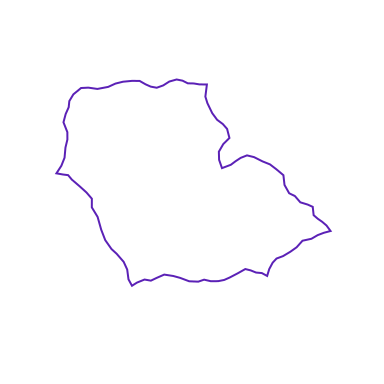 outline of Bady Bassitt, São Paulo, Brazil, rotated 17°
{"feature_id": "56859067B36887115252517", "entity_name": "Bady Bassitt", "entity_type": "district", "adm_level": 2, "iso_a3": "BRA", "parent_name": "Brazil", "parent_adm1": "São Paulo", "projection": "robinson", "projection_center": [-49.43, -20.932], "detail": "fine", "context": "isolated", "style": "outline", "palette": "violet", "viewbox_px": 384, "rotation_deg": 17, "n_neighbors": 0, "source": "geoboundaries", "source_scale": "gbopen_adm2", "svg_char_len": 1429}
<svg xmlns="http://www.w3.org/2000/svg" viewBox="0 0 384 384"><g transform="rotate(17 192 192)"><path d="M335.9,188.8L330.4,184.7L325.1,182.4L320.1,180.8L315.1,178.6L311.8,170.9L306.3,170.2L298.6,170.2L291.6,165.8L285.3,164.8L278.4,158.2L274.5,149.2L266.0,145.6L258.5,142.8L250.5,142.1L241.1,140.5L233.9,140.9L228.6,145.1L224.7,149.8L221.2,154.6L213.7,160.4L208.5,153.3L205.9,145.6L207.9,137.0L212.0,129.4L207.1,121.4L201.6,118.0L194.9,115.6L188.3,110.7L180.8,102.6L176.9,96.9L174.8,84.8L167.8,86.9L161.9,87.7L156.2,89.3L150.4,88.3L144.4,88.9L138.0,93.0L133.3,98.5L127.8,102.6L121.7,103.3L116.1,102.6L109.5,101.1L102.3,103.2L93.8,106.7L87.1,110.7L81.1,116.0L71.4,121.1L62.4,122.5L55.5,125.0L50.0,133.3L48.1,140.9L49.3,147.0L48.4,154.3L48.7,162.9L55.3,171.2L57.5,178.3L58.0,186.5L60.1,196.5L59.4,205.1L56.9,213.8L63.4,213.0L68.6,212.1L73.5,215.3L82.9,219.4L91.2,223.3L98.2,227.7L100.7,236.0L109.0,243.4L116.2,254.6L123.1,263.4L131.7,270.1L138.0,273.1L147.1,278.8L152.7,285.1L156.8,294.1L162.0,299.2L165.9,294.7L172.2,289.6L178.6,288.8L183.3,284.5L189.6,279.1L198.6,277.8L205.7,277.6L215.4,278.2L224.2,275.9L229.2,272.3L236.2,271.8L243.1,269.6L248.5,266.7L253.0,262.8L259.5,256.4L265.5,250.1L271.0,249.8L276.8,250.3L282.5,249.1L288.4,250.3L288.4,243.1L289.8,236.0L292.3,230.9L297.8,226.7L303.5,220.4L308.2,214.3L311.9,206.3L319.9,201.8L324.8,196.5L330.1,192.4L335.9,188.8Z" fill="none" stroke="#5b21b6" stroke-width="2"/></g></svg>